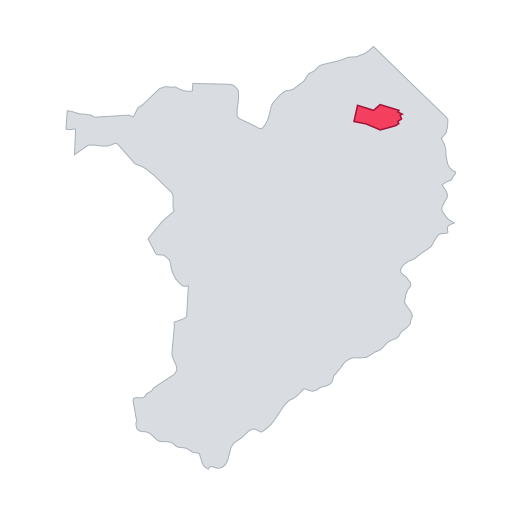 Kapoeta North, Eastern Equatoria, South Sudan (highlighted), rotated 273°
{"feature_id": "79223893B90459000801703", "entity_name": "Kapoeta North", "entity_type": "district", "adm_level": 2, "iso_a3": "SSD", "parent_name": "South Sudan", "parent_adm1": "Eastern Equatoria", "projection": "natural_earth1", "projection_center": [33.472, 5.308], "detail": "fine", "context": "in_parent", "style": "filled", "palette": "rose", "viewbox_px": 512, "rotation_deg": 273, "n_neighbors": 0, "source": "geoboundaries", "source_scale": "gbopen_adm2", "svg_char_len": 3931}
<svg xmlns="http://www.w3.org/2000/svg" viewBox="0 0 512 512"><g transform="rotate(273 256 256)"><path d="M421.2,419.6L405.4,437.9L404.2,439.0L402.3,440.5L395.9,440.5L389.3,439.6L383.2,434.9L377.0,438.5L373.1,439.7L370.8,440.1L365.2,440.7L357.5,442.7L354.0,445.1L352.1,447.1L350.5,450.7L349.8,451.1L348.3,450.6L346.4,449.2L342.2,447.1L340.1,442.5L338.2,439.8L336.6,438.3L330.1,442.9L326.9,444.0L324.3,443.8L319.5,441.3L314.3,439.1L311.6,439.1L307.5,441.8L302.9,445.9L300.5,450.0L299.4,452.4L297.8,448.7L296.2,446.4L294.0,445.5L289.6,446.4L288.6,445.1L288.3,441.9L287.7,439.0L286.6,436.9L283.2,434.7L274.4,430.3L267.7,421.5L264.3,417.4L261.8,414.8L258.3,407.9L254.4,403.1L249.5,400.9L246.3,402.0L243.0,407.1L236.8,411.9L234.0,412.0L230.3,409.4L225.7,407.6L217.5,406.8L214.1,409.0L209.6,412.7L205.9,414.9L203.5,415.2L201.3,414.3L198.9,413.8L196.7,413.7L192.3,410.4L190.1,407.9L188.5,405.6L186.1,404.0L183.1,402.6L181.1,400.5L180.0,397.9L178.4,394.5L176.3,391.5L169.6,386.0L167.6,382.8L166.2,379.6L163.5,376.2L160.5,371.5L159.6,364.7L159.5,359.2L158.9,356.7L157.6,354.2L156.2,352.0L153.9,349.6L148.4,346.1L142.8,342.0L140.1,339.7L134.9,338.8L131.8,336.5L129.3,331.4L128.2,327.3L125.6,324.1L124.5,321.8L123.9,319.1L126.0,311.0L123.0,308.2L118.6,304.4L115.4,300.4L113.5,296.6L107.8,291.7L95.3,284.3L88.1,279.6L84.2,275.4L80.8,271.3L80.5,269.6L82.7,265.4L83.1,262.0L81.2,258.3L73.8,251.2L67.9,243.5L63.4,241.0L52.5,238.9L49.4,238.0L46.2,236.6L43.0,233.1L41.9,228.9L43.5,222.3L42.5,220.3L40.7,219.7L41.2,218.3L43.3,215.1L46.7,213.0L55.6,209.8L56.2,208.5L56.4,204.4L57.1,202.4L60.2,196.6L60.7,194.3L60.8,189.5L61.3,187.2L62.2,185.5L64.7,182.7L65.5,181.0L65.9,177.2L65.7,169.8L67.0,166.9L72.7,160.2L74.2,157.2L74.7,154.5L74.7,151.8L75.1,149.1L76.8,146.5L78.2,145.7L82.4,144.8L85.2,145.4L105.1,140.8L107.4,141.4L108.4,144.1L108.3,148.5L108.6,150.6L109.7,152.1L112.8,154.1L115.0,157.6L116.1,158.9L119.3,161.2L133.9,181.0L138.1,182.9L142.1,182.2L150.2,178.1L154.2,177.1L182.2,178.2L185.4,177.6L185.6,177.7L189.8,187.6L191.8,189.9L222.6,190.0L222.0,187.2L222.4,184.0L227.9,178.0L228.7,177.2L233.4,174.3L238.1,172.4L247.0,170.1L250.3,166.5L252.1,163.2L252.1,156.8L253.3,155.7L255.5,154.2L265.8,148.4L267.5,147.2L285.7,160.6L296.0,171.3L296.6,171.8L297.1,172.0L297.6,171.6L298.1,171.1L299.3,170.7L303.7,170.5L312.0,170.0L314.7,168.7L331.4,149.7L335.6,143.7L336.7,142.5L339.1,138.1L341.7,130.7L342.2,129.9L360.4,112.1L361.0,110.7L361.2,109.6L358.5,103.6L357.9,100.5L357.8,95.9L358.3,88.6L358.1,84.0L357.9,82.7L347.6,69.4L373.3,69.2L373.3,67.6L373.2,67.1L372.7,65.5L372.5,63.4L372.5,62.3L372.6,61.2L372.6,60.6L372.6,60.1L372.6,59.8L372.7,59.6L391.1,59.9L390.9,63.6L388.6,72.3L388.7,77.5L388.1,83.5L387.5,85.3L386.6,86.7L386.2,87.4L386.2,88.1L390.0,121.4L389.8,122.8L388.7,124.9L388.5,125.6L388.4,126.1L388.8,126.5L397.3,130.1L397.7,130.3L398.1,130.6L401.1,134.9L417.9,150.7L418.4,151.5L420.2,156.5L420.4,157.3L420.4,158.4L420.4,159.4L420.0,162.4L420.1,163.7L420.4,164.6L420.6,165.6L420.6,165.9L420.5,166.7L418.0,172.4L417.2,176.5L416.9,179.9L417.1,181.9L417.4,183.2L417.6,183.7L417.8,183.9L425.1,183.9L425.0,185.7L426.0,215.8L426.0,219.2L425.7,223.5L424.9,225.1L422.8,227.5L420.3,229.7L413.7,230.3L408.3,230.2L404.5,229.7L399.2,229.5L394.2,230.0L392.4,231.8L385.9,247.8L383.8,251.8L383.3,254.2L383.9,255.6L386.5,257.6L392.1,260.4L398.5,262.1L403.3,262.8L406.6,263.6L409.1,264.5L418.3,271.7L421.2,275.1L422.9,278.1L423.2,281.3L424.6,284.5L432.9,294.5L440.9,299.2L443.9,304.5L446.8,307.1L449.6,309.9L451.1,314.1L454.6,326.1L456.9,332.4L459.3,337.6L460.2,345.9L462.1,349.7L464.1,354.3L467.3,358.4L470.7,361.6L471.3,362.4L436.9,401.6L421.2,419.6Z" fill="#d9dde1" stroke="#a8b0b8" stroke-width="1"/><path d="M408.9,391.2L413.7,372.0L407.6,365.7L411.8,349.5L395.4,346.8L393.7,358.9L388.4,373.5L393.4,388.5L395.6,391.7L397.8,390.6L400.5,394.2L404.2,392.5L405.3,394.6L407.2,390.2L408.9,391.2Z" fill="#f43f5e" stroke="#9f1239" stroke-width="1.5"/></g></svg>